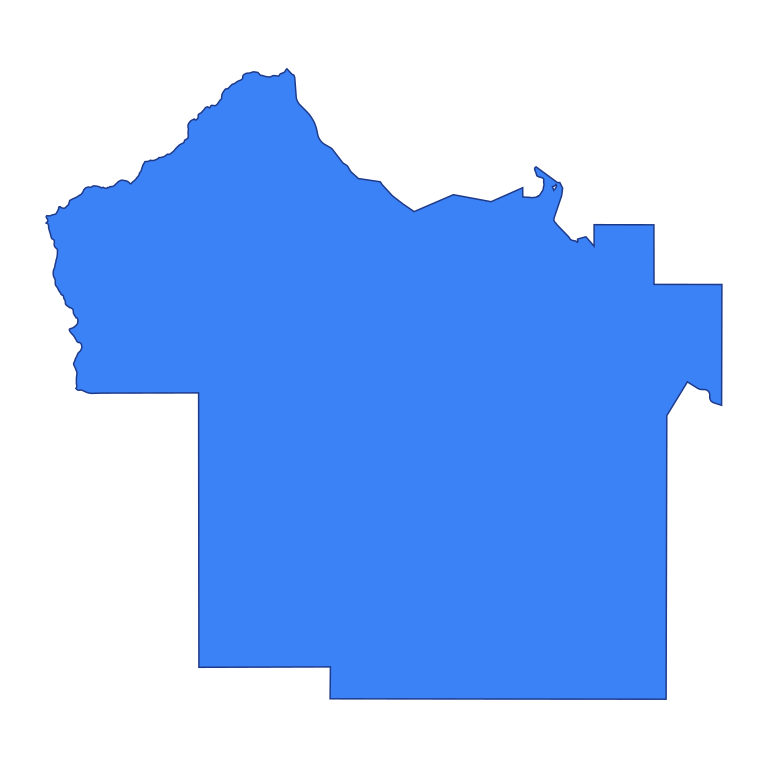 Katherine, Northern Territory, Australia
{"feature_id": "25037944B85754900082747", "entity_name": "Katherine", "entity_type": "district", "adm_level": 2, "iso_a3": "AUS", "parent_name": "Australia", "parent_adm1": "Northern Territory", "projection": "albers", "projection_center": [132.094, -14.65], "detail": "fine", "context": "isolated", "style": "filled", "palette": "blue", "viewbox_px": 768, "rotation_deg": 0, "n_neighbors": 0, "source": "geoboundaries", "source_scale": "gbopen_adm2", "svg_char_len": 5872}
<svg xmlns="http://www.w3.org/2000/svg" viewBox="0 0 768 768"><path d="M294.7,77.5L294.1,75.5L293.2,74.7L292.2,74.5L286.9,68.8L285.5,70.4L284.9,71.6L284.4,72.2L283.1,72.8L282.3,73.0L282.0,73.3L281.5,73.5L280.7,73.6L280.0,74.1L279.3,75.3L279.2,75.5L278.6,76.1L276.8,76.0L276.0,75.7L273.2,75.6L272.5,75.8L271.0,76.6L270.7,76.9L270.4,77.0L268.3,76.9L266.4,76.7L262.2,75.5L260.6,75.2L260.2,75.0L258.0,72.6L257.3,72.3L256.0,72.2L254.7,71.9L253.4,71.9L251.6,72.3L250.5,72.8L249.0,73.1L247.0,73.2L246.1,73.4L244.0,74.5L243.2,75.4L242.8,76.1L242.7,78.0L242.5,78.6L241.7,79.5L241.2,79.8L240.1,80.4L239.0,80.7L236.7,81.9L234.9,83.4L232.6,84.2L231.9,84.6L230.0,86.4L228.2,88.4L227.7,88.7L225.8,88.9L224.9,89.6L223.1,92.2L222.0,94.4L221.4,99.1L220.1,100.1L217.1,104.4L216.3,105.2L215.2,105.6L213.8,105.6L211.7,105.3L210.6,106.0L210.3,107.2L209.4,107.8L208.5,107.4L207.7,106.8L205.8,107.4L205.0,108.1L203.8,110.0L203.1,110.7L202.3,111.3L202.0,112.0L201.1,112.8L199.3,113.8L198.5,114.4L198.3,114.8L198.2,115.4L198.2,117.3L197.7,118.4L197.2,119.0L196.5,119.6L195.5,120.1L194.3,119.0L191.8,120.2L190.6,121.0L189.3,122.4L188.3,124.3L188.0,125.2L188.0,127.0L188.3,128.6L188.4,129.4L188.1,131.3L188.1,134.2L188.3,135.6L188.2,137.3L187.6,138.3L186.2,139.4L184.6,140.2L184.1,142.1L183.7,142.7L179.8,144.7L178.6,145.7L175.8,148.5L173.6,151.2L172.5,152.1L170.3,153.9L169.4,154.3L167.4,154.2L164.6,156.3L163.1,157.0L162.1,157.1L161.1,157.5L158.8,157.6L158.1,158.6L155.5,159.9L153.8,160.4L152.1,160.6L151.1,160.4L150.5,160.2L149.1,161.0L147.9,161.4L145.0,161.6L143.5,164.1L142.8,165.4L142.2,167.3L140.9,171.4L139.4,173.1L139.4,174.1L138.1,176.4L136.8,177.7L136.0,179.0L134.0,180.9L132.8,181.8L132.1,182.5L131.0,183.8L130.7,183.9L130.2,183.6L128.8,182.3L126.8,181.0L125.4,180.7L124.3,180.6L122.8,180.2L121.4,180.2L120.7,180.4L118.4,181.6L114.0,185.8L113.3,186.2L112.1,186.5L109.8,186.7L108.9,187.5L107.9,187.7L107.5,187.5L106.9,188.1L106.5,188.3L105.4,188.3L104.6,188.1L103.2,187.3L102.9,187.3L101.6,187.9L100.3,187.2L98.5,186.5L96.2,186.1L94.8,185.9L92.9,186.0L91.2,187.2L90.0,187.3L88.5,187.0L87.5,187.2L86.3,187.6L85.4,188.1L84.6,188.9L83.7,190.0L82.8,192.2L81.1,194.4L79.6,195.2L76.9,197.0L72.1,199.2L69.7,200.5L68.8,203.8L68.3,204.8L65.3,207.7L64.5,208.2L63.3,208.2L61.9,207.9L60.8,207.4L60.2,206.7L59.1,206.8L58.9,207.0L58.8,207.4L58.5,209.2L56.8,212.5L55.7,214.1L52.5,214.8L50.3,215.8L46.6,215.8L46.2,216.6L46.4,217.7L47.6,219.5L47.9,221.0L47.7,221.4L46.1,223.0L47.5,223.5L47.9,223.8L48.6,225.7L48.6,227.7L49.4,230.8L50.4,233.9L50.7,235.4L51.5,238.2L51.7,238.5L52.0,238.8L52.7,239.1L53.5,239.6L54.1,240.3L54.3,240.9L54.4,242.3L54.2,243.0L54.2,245.2L54.6,246.4L55.4,247.5L57.4,249.4L57.4,253.4L57.1,256.6L56.0,260.6L55.8,262.2L55.2,264.1L54.9,266.2L54.5,267.9L53.5,270.2L53.2,272.0L53.2,273.9L53.6,276.6L54.1,277.5L54.8,278.7L55.2,280.2L55.3,284.1L55.5,285.1L57.4,287.7L58.4,289.8L59.9,292.2L60.7,293.2L61.0,294.3L61.6,294.8L63.3,295.6L63.9,298.6L64.7,299.7L65.3,301.3L65.4,303.4L65.6,304.3L66.9,305.6L68.5,306.8L69.8,307.7L70.7,307.8L71.6,308.3L72.0,308.6L73.2,310.0L73.4,312.9L73.6,313.7L74.6,315.5L75.3,316.4L76.0,317.8L76.9,317.9L77.4,318.3L77.7,319.1L77.9,321.0L77.8,322.0L77.5,323.6L76.2,325.3L74.5,326.8L73.2,327.6L72.3,328.1L70.1,328.7L69.4,329.3L69.4,330.2L69.7,330.9L70.4,332.2L73.9,336.1L76.5,340.6L77.0,341.6L78.3,342.5L79.5,342.5L80.2,342.9L81.0,343.6L81.4,344.5L81.4,344.9L81.8,346.0L81.8,347.5L81.6,348.4L80.5,350.8L80.0,351.3L78.4,352.7L77.6,354.1L76.6,356.5L75.5,358.5L74.5,361.6L74.4,361.7L73.6,363.4L73.6,364.1L74.1,365.6L74.6,366.4L76.7,371.6L76.9,372.4L76.9,373.9L76.4,378.3L76.4,380.4L76.4,383.0L76.4,384.0L76.8,385.2L76.8,386.5L75.9,388.6L77.8,390.1L78.5,390.2L80.0,390.1L81.2,390.0L82.4,390.4L86.1,392.1L87.9,392.8L89.9,393.2L91.0,393.3L91.4,393.4L101.0,393.1L198.6,392.9L198.9,667.3L330.4,666.9L330.1,698.8L467.1,699.0L666.1,699.2L666.8,415.6L687.4,381.9L697.5,388.2L699.0,389.0L700.6,389.4L703.3,389.6L703.8,389.5L705.2,389.6L706.4,389.9L707.5,390.5L708.3,391.3L709.0,392.2L709.5,393.4L709.8,394.5L709.7,397.4L709.8,398.3L710.2,399.5L710.8,400.7L711.2,401.3L713.0,402.5L715.6,403.4L721.6,405.3L721.9,284.5L654.0,284.4L653.9,224.8L594.1,224.7L594.1,246.2L585.9,236.8L579.2,238.6L577.5,239.2L577.9,241.6L577.2,242.3L575.8,241.0L574.3,240.8L572.0,240.3L570.2,239.3L569.6,238.1L568.2,236.3L557.1,224.9L556.0,223.3L554.6,222.0L553.8,220.0L554.2,217.7L561.6,195.8L562.3,191.0L562.6,188.1L559.8,182.5L557.5,182.6L536.1,166.9L535.3,167.4L534.9,167.8L534.7,168.3L534.7,169.4L535.0,170.5L535.9,172.6L536.2,173.5L536.7,175.5L536.9,175.8L537.7,176.3L539.5,177.1L541.3,177.5L542.0,177.7L543.2,178.4L543.5,178.7L543.6,179.0L543.7,179.3L543.8,179.8L543.7,180.1L543.7,180.3L543.7,181.3L543.6,182.4L543.9,183.7L544.0,184.5L543.8,185.9L543.5,187.0L543.3,188.6L542.7,190.6L542.5,190.9L541.8,191.7L541.2,192.8L539.4,195.5L539.0,195.8L538.8,195.8L538.5,195.7L538.4,195.7L538.3,195.8L538.6,195.8L538.4,196.1L538.2,195.9L537.6,196.4L537.6,196.6L536.7,196.8L535.8,197.3L535.4,197.4L534.6,197.3L533.4,197.5L531.9,197.7L530.1,197.4L525.0,197.1L522.8,196.9L522.7,187.7L491.1,201.7L453.4,194.7L413.9,211.7L412.8,210.7L402.8,203.9L392.4,195.8L382.2,184.7L380.3,181.8L359.5,178.7L358.7,178.8L351.3,172.1L350.8,171.6L350.4,171.0L348.1,167.0L347.4,166.0L346.6,165.3L343.7,163.5L343.2,163.1L342.7,162.7L332.5,149.4L332.1,148.9L331.0,148.0L324.2,144.1L322.6,142.9L321.0,141.3L320.4,140.5L319.3,138.8L318.8,137.8L318.3,136.7L318.0,135.7L317.7,134.6L316.7,129.6L315.8,126.4L314.7,123.5L314.0,121.9L313.2,120.4L312.2,118.7L310.9,116.7L309.7,115.0L308.7,113.8L306.6,111.5L299.6,104.5L299.0,103.8L298.4,102.9L297.9,102.1L297.4,101.1L296.9,100.1L296.6,99.0L296.3,97.9L296.2,96.9L294.9,79.5L294.7,77.5ZM553.8,190.4L552.4,186.6L554.4,186.0L554.8,185.7L555.7,184.8L555.8,184.6L556.5,185.3L556.3,185.8L556.4,186.5L556.2,187.1L555.0,189.0L553.8,190.4Z" fill="#3b82f6" stroke="#1e3a8a" stroke-width="1.5"/></svg>